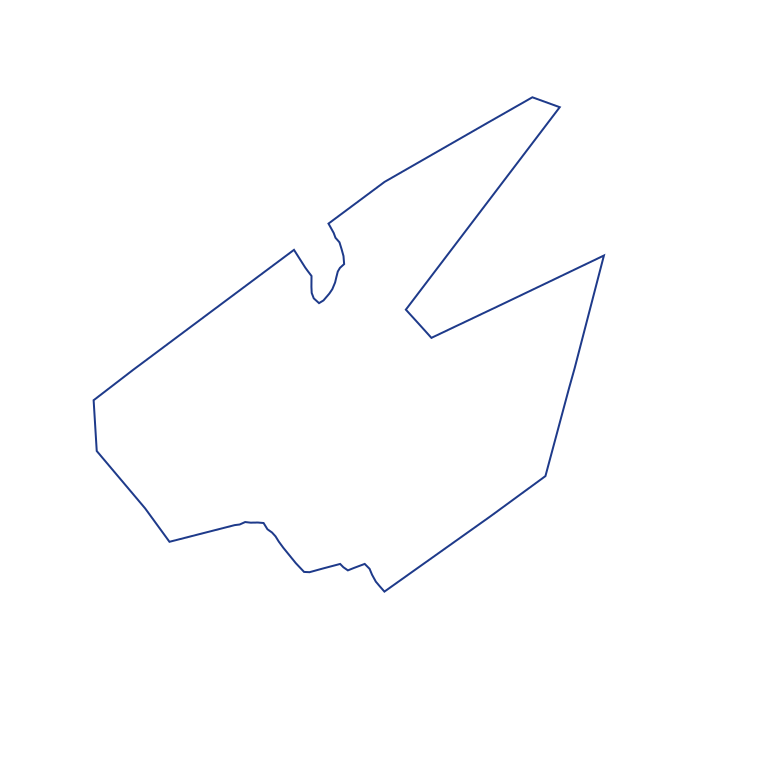 the district of Socorro do Piauí, Piauí, Brazil, rotated 62°
{"feature_id": "56859067B27559858306193", "entity_name": "Socorro do Piauí", "entity_type": "district", "adm_level": 2, "iso_a3": "BRA", "parent_name": "Brazil", "parent_adm1": "Piauí", "projection": "orthographic", "projection_center": [-42.476, -7.881], "detail": "fine", "context": "isolated", "style": "outline", "palette": "blue", "viewbox_px": 768, "rotation_deg": 62, "n_neighbors": 0, "source": "geoboundaries", "source_scale": "gbopen_adm2", "svg_char_len": 968}
<svg xmlns="http://www.w3.org/2000/svg" viewBox="0 0 768 768"><g transform="rotate(62 384 384)"><path d="M459.5,208.2L373.8,129.5L369.2,239.1L365.5,320.5L350.6,324.2L328.6,329.8L222.1,98.9L200.5,118.4L202.0,169.5L205.8,288.6L216.3,357.7L227.0,357.5L232.1,358.2L238.0,356.8L245.3,358.2L252.0,359.7L259.4,362.9L260.8,368.4L263.0,372.0L267.4,376.0L271.4,379.5L276.0,385.1L278.5,389.8L281.8,398.2L282.1,403.4L275.4,405.8L269.7,405.1L264.2,402.5L254.6,397.3L248.4,398.3L244.1,398.9L223.3,400.5L239.4,505.6L253.8,599.3L262.0,648.0L308.3,669.1L381.7,653.3L422.6,647.5L438.5,582.1L440.3,577.4L440.7,571.4L443.8,566.9L447.1,560.4L450.2,555.6L457.6,555.1L462.5,552.6L467.6,551.3L473.7,550.9L481.3,549.8L500.7,546.0L512.4,542.8L515.2,538.1L518.3,524.2L522.3,507.2L526.7,505.9L531.6,503.4L532.3,496.9L533.8,485.5L540.4,483.5L546.8,484.1L554.7,484.0L560.7,482.7L567.5,481.1L550.8,352.2L541.1,284.7L474.7,222.7L459.5,208.2Z" fill="none" stroke="#1e3a8a" stroke-width="2"/></g></svg>